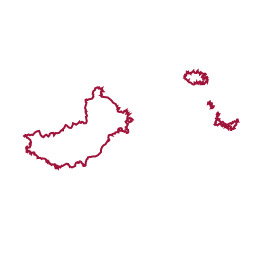 Sao Joao Baptista, Brava, Cabo Verde (orthographic projection), rotated 62°
{"feature_id": "66160863B96352926706883", "entity_name": "Sao Joao Baptista", "entity_type": "district", "adm_level": 2, "iso_a3": "CPV", "parent_name": "Cabo Verde", "parent_adm1": "Brava", "projection": "orthographic", "projection_center": [-24.678, 14.893], "detail": "fine", "context": "isolated", "style": "outline", "palette": "rose", "viewbox_px": 256, "rotation_deg": 62, "n_neighbors": 0, "source": "geoboundaries", "source_scale": "gbopen_adm2", "svg_char_len": 5833}
<svg xmlns="http://www.w3.org/2000/svg" viewBox="0 0 256 256"><g transform="rotate(62 128 128)"><path d="M86.3,223.5L87.1,223.2L86.9,221.5L89.2,221.7L89.4,221.2L92.7,219.9L95.3,220.4L95.7,220.8L95.3,221.5L95.7,222.3L96.5,222.7L97.4,221.9L99.0,223.8L98.3,225.7L97.0,225.9L97.2,226.7L97.5,227.1L98.9,227.0L98.8,227.6L100.0,227.7L101.4,228.8L102.3,228.1L101.5,226.8L101.6,226.2L102.3,226.2L102.9,225.4L104.3,226.2L104.3,225.6L105.7,225.7L104.8,224.3L105.3,222.5L106.4,222.3L106.9,223.1L107.6,223.2L108.1,222.2L111.1,221.1L112.1,222.0L113.2,219.4L114.8,218.8L114.7,217.8L115.3,217.0L115.9,217.3L115.5,216.8L115.8,216.1L117.9,214.9L118.4,215.0L118.5,215.6L119.4,215.8L119.3,215.3L119.7,215.1L119.3,214.8L120.5,215.0L120.2,214.5L120.7,214.6L120.5,213.9L121.5,214.0L121.0,213.4L121.8,213.9L124.7,212.9L124.4,212.1L125.3,211.2L125.4,210.0L125.9,209.6L126.2,210.1L126.5,210.1L126.2,209.4L127.9,208.8L128.5,209.3L128.0,210.5L128.9,210.7L128.9,210.2L129.9,210.4L130.2,209.0L130.8,208.8L128.9,207.7L130.9,206.5L130.3,205.9L130.8,205.5L130.4,204.4L130.7,204.4L130.8,203.2L130.6,199.2L131.6,197.9L132.0,198.2L133.2,197.5L134.8,197.6L134.7,197.3L136.5,196.0L136.8,192.5L135.5,191.8L134.3,190.2L134.5,188.6L135.4,188.6L135.7,187.6L134.8,186.4L134.9,186.0L136.1,185.2L137.5,185.4L138.9,184.5L139.6,184.5L140.2,185.3L140.9,184.8L141.0,183.7L140.7,183.7L141.2,183.4L141.1,183.0L138.2,181.3L138.1,180.8L136.9,180.0L136.1,178.5L136.2,178.1L135.1,177.1L135.6,175.5L136.2,175.5L135.8,175.3L136.7,172.1L137.8,170.2L137.9,167.4L136.7,163.3L134.2,161.8L132.4,159.4L131.8,157.6L131.8,155.5L129.6,151.7L130.3,151.4L129.8,150.1L127.4,150.0L125.4,148.4L125.5,147.1L126.8,145.7L126.3,145.8L126.1,144.5L126.3,143.0L126.9,142.2L126.0,141.2L126.5,139.6L127.4,138.5L126.4,137.7L125.7,137.9L124.5,137.2L124.3,136.6L125.0,136.3L124.3,136.1L124.6,134.5L125.6,133.8L126.9,134.1L127.3,135.3L128.5,133.6L129.5,133.1L129.2,132.5L129.6,131.7L131.8,131.5L132.1,130.5L131.8,129.7L129.7,128.8L128.0,130.2L127.9,129.3L127.3,129.0L126.2,129.5L126.0,128.1L124.5,126.2L123.5,127.0L121.2,127.1L120.7,124.6L121.7,124.8L123.5,124.2L123.7,122.7L123.3,123.0L122.7,121.5L122.9,120.0L121.2,120.5L120.4,122.2L119.9,121.9L119.6,124.4L117.4,122.9L116.6,120.5L116.3,121.8L115.1,121.9L114.8,121.2L114.5,122.5L113.7,121.4L112.9,121.8L112.6,121.0L112.2,121.5L111.4,120.9L111.6,122.6L111.2,123.2L112.4,124.9L111.8,125.7L110.1,126.3L110.2,127.6L108.6,129.2L107.0,128.6L107.1,127.5L106.5,126.6L106.0,127.7L105.8,127.2L105.6,127.6L104.2,127.8L103.7,127.3L103.6,127.8L101.1,127.6L98.8,129.2L95.8,129.7L91.6,131.5L88.0,136.6L87.2,136.7L86.8,136.1L86.4,136.5L86.5,135.4L85.9,135.3L85.9,135.9L83.7,135.2L83.2,134.5L83.9,133.0L83.1,133.4L82.8,132.7L81.4,133.1L80.9,132.5L81.0,133.5L80.3,133.3L79.5,135.4L79.0,135.5L78.4,134.8L77.7,136.1L77.6,138.4L78.7,138.9L79.3,141.5L81.3,143.2L82.0,142.8L83.8,144.0L84.2,143.9L85.2,145.9L84.1,149.9L84.3,150.7L83.3,151.4L83.2,152.2L85.2,153.1L86.2,152.8L90.2,156.6L92.2,156.7L93.0,157.5L93.9,156.9L94.6,158.2L97.9,158.4L98.5,159.2L98.4,159.9L102.7,161.2L104.0,162.9L103.1,164.8L101.8,165.0L100.9,165.8L101.4,167.0L101.1,167.6L99.6,167.8L100.4,169.8L100.7,172.3L100.0,172.5L98.0,174.4L99.4,175.4L100.7,177.2L101.2,178.0L100.8,179.1L99.6,180.1L97.0,180.9L96.1,181.7L97.9,184.2L98.4,185.9L99.6,186.5L98.7,187.7L99.9,191.0L99.4,193.0L98.4,194.2L99.7,196.8L97.3,196.2L96.3,198.5L96.5,199.9L97.6,200.9L98.1,202.4L95.7,203.1L95.5,204.4L96.4,206.8L95.6,207.1L95.5,207.8L93.3,208.4L88.9,207.8L88.3,209.6L88.2,212.0L89.5,215.5L88.6,216.3L88.4,218.0L87.1,218.7L87.0,220.7L86.0,222.0L86.3,223.5ZM120.7,34.1L120.0,34.2L119.6,35.9L120.2,36.7L120.1,38.6L119.0,37.9L117.9,38.9L117.0,37.8L117.7,35.7L117.2,34.1L116.3,34.3L115.2,36.5L113.5,37.3L113.3,38.3L112.9,38.1L113.0,38.9L114.3,38.6L114.4,39.2L113.9,38.9L112.3,39.5L111.9,40.3L110.1,39.5L110.4,40.4L111.1,40.5L110.9,41.1L111.5,41.9L110.5,43.3L109.3,43.3L108.9,43.8L108.3,43.5L109.2,46.3L108.7,46.5L108.6,47.3L109.2,47.5L108.6,47.8L108.2,48.9L106.8,48.5L106.9,49.0L106.0,49.7L107.6,50.6L108.0,51.8L109.0,52.0L109.0,52.7L108.0,52.9L108.6,53.8L109.3,53.3L110.0,54.5L110.2,54.1L111.9,54.4L112.3,53.6L114.4,53.1L114.3,52.2L115.1,53.0L116.2,52.5L116.1,53.0L117.3,51.3L119.6,50.5L120.5,49.5L120.7,48.6L119.1,47.9L120.5,46.5L119.9,45.9L121.2,46.2L121.6,45.5L120.7,45.0L121.0,44.4L121.4,44.4L120.7,43.8L120.6,42.6L121.3,42.4L122.7,42.9L122.5,40.5L123.9,42.4L124.9,40.3L124.1,39.9L124.5,39.1L124.3,38.0L123.4,37.3L123.5,36.9L123.9,37.1L124.0,36.4L124.6,36.4L122.7,34.9L121.2,35.9L121.2,34.7L120.7,34.1ZM173.7,27.6L172.0,27.2L171.8,27.9L172.7,28.4L173.1,29.6L172.0,30.8L172.6,32.5L171.9,32.8L172.1,33.3L172.6,33.3L173.0,34.7L171.8,35.3L171.7,37.1L172.2,37.8L171.6,38.6L171.7,39.3L170.1,40.0L169.5,40.9L167.0,41.4L166.8,42.8L166.0,43.7L165.2,43.6L164.0,44.2L163.1,43.2L162.4,44.3L161.6,44.2L160.8,45.5L160.9,45.9L162.2,45.8L162.6,46.3L162.7,45.9L163.0,46.9L164.4,47.8L164.2,48.4L164.8,48.6L165.6,50.0L166.2,49.7L166.6,48.2L167.7,47.7L167.2,45.9L167.8,44.8L167.6,44.4L168.4,44.3L168.2,43.8L169.1,43.1L169.9,43.8L170.0,43.3L170.7,43.5L170.5,42.2L171.1,42.3L171.9,41.5L171.6,40.4L172.4,40.4L172.9,41.5L173.0,41.1L173.6,40.9L173.5,40.7L174.0,40.8L174.2,40.1L175.5,39.9L173.9,38.9L174.2,37.0L175.3,36.5L176.7,37.7L176.7,38.1L177.7,38.4L178.0,38.0L177.5,37.8L177.7,37.2L177.3,36.7L178.1,36.4L178.4,34.1L177.0,34.4L176.6,33.0L176.0,32.6L176.2,31.4L175.3,30.4L174.1,30.1L173.7,29.4L174.0,28.9L173.4,27.8L173.7,27.6ZM145.6,42.3L144.7,43.6L143.2,43.3L143.5,44.2L143.1,45.2L144.3,46.1L144.4,45.1L144.9,44.6L146.5,44.6L147.5,43.5L145.6,42.3ZM159.6,42.2L158.6,41.0L158.4,41.5L157.2,41.4L157.6,42.3L157.0,42.3L157.8,43.4L158.7,42.9L159.4,43.9L159.9,43.5L159.3,42.9L159.6,42.2ZM149.8,43.2L149.1,42.1L147.7,44.0L148.2,44.1L148.2,44.8L149.2,44.6L149.6,45.3L150.0,44.3L149.9,43.6L149.5,43.7L149.8,43.2Z" fill="none" stroke="#9f1239" stroke-width="2"/></g></svg>